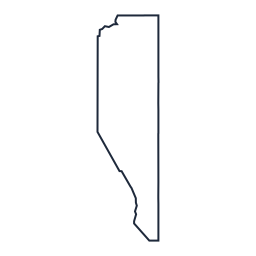 the district of Greenlee, Arizona, United States of America
{"feature_id": "52423323B93647130667122", "entity_name": "Greenlee", "entity_type": "district", "adm_level": 2, "iso_a3": "USA", "parent_name": "United States of America", "parent_adm1": "Arizona", "projection": "natural_earth1", "projection_center": [-109.179, 33.102], "detail": "fine", "context": "isolated", "style": "outline", "palette": "slate", "viewbox_px": 256, "rotation_deg": 0, "n_neighbors": 0, "source": "geoboundaries", "source_scale": "gbopen_adm2", "svg_char_len": 655}
<svg xmlns="http://www.w3.org/2000/svg" viewBox="0 0 256 256"><path d="M158.4,15.4L117.6,15.5L115.6,19.7L115.4,21.9L117.0,24.2L113.5,24.3L108.9,27.0L104.9,26.2L102.2,29.0L99.8,29.8L99.5,35.9L97.7,36.3L97.5,131.9L119.5,171.1L121.6,171.2L130.5,186.6L131.5,188.0L135.8,198.2L135.9,202.7L136.8,205.7L135.0,211.4L136.1,214.3L134.1,221.2L134.1,223.5L149.3,240.6L158.4,240.6L158.4,203.8L158.3,198.1L158.3,197.3L158.3,196.7L158.3,196.1L158.4,182.1L158.3,133.6L158.4,133.4L158.4,129.7L158.4,122.1L158.4,110.2L158.3,103.3L158.4,84.2L158.4,83.5L158.4,82.9L158.5,82.5L158.4,76.7L158.4,40.9L158.4,21.7L158.4,15.4Z" fill="none" stroke="#1e293b" stroke-width="2"/></svg>